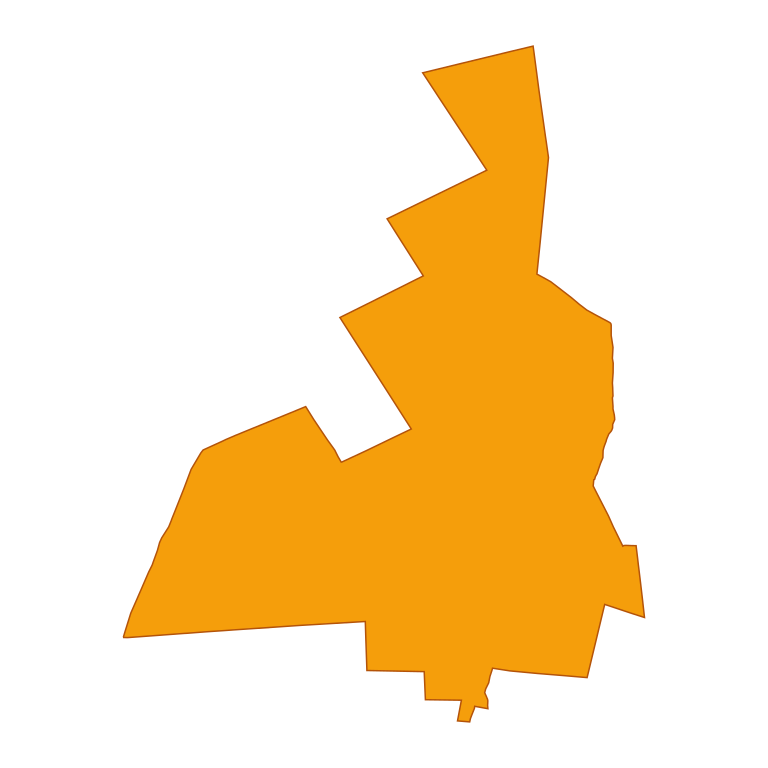 Valea Marului, Galati, Romania (Robinson projection)
{"feature_id": "2599482B22058723749755", "entity_name": "Valea Marului", "entity_type": "district", "adm_level": 2, "iso_a3": "ROU", "parent_name": "Romania", "parent_adm1": "Galati", "projection": "robinson", "projection_center": [27.684, 45.875], "detail": "fine", "context": "isolated", "style": "filled", "palette": "amber", "viewbox_px": 768, "rotation_deg": 0, "n_neighbors": 0, "source": "geoboundaries", "source_scale": "gbopen_adm2", "svg_char_len": 2501}
<svg xmlns="http://www.w3.org/2000/svg" viewBox="0 0 768 768"><path d="M594.6,479.4L595.0,478.1L595.3,476.8L596.1,475.3L597.0,473.8L598.7,468.6L600.5,463.4L602.9,457.7L603.1,450.5L603.3,449.7L603.8,447.7L604.4,445.8L605.0,444.2L606.1,441.3L606.6,439.3L607.3,437.6L608.8,434.0L610.6,431.9L611.3,431.0L611.8,430.1L612.6,428.0L612.7,424.3L614.7,419.7L614.6,417.7L614.3,415.0L613.0,409.0L613.0,406.4L612.4,397.8L613.0,396.0L612.8,391.2L612.7,387.6L612.4,383.0L613.1,372.8L613.2,363.1L612.4,358.3L613.0,347.4L612.6,344.7L611.2,335.5L611.2,325.4L611.2,325.0L610.8,323.5L609.9,322.6L594.6,314.4L586.7,310.0L583.1,307.2L579.4,304.4L571.6,297.8L561.0,289.6L550.6,281.6L549.8,281.2L547.0,279.6L546.1,279.1L536.9,274.1L538.6,257.6L540.1,243.0L548.5,157.6L546.3,142.1L545.5,136.8L543.7,124.0L541.9,111.3L539.0,90.6L534.0,52.6L533.1,46.1L513.8,50.7L461.8,63.3L422.7,72.8L439.1,97.8L463.4,134.7L486.8,170.2L387.1,218.8L395.3,231.8L423.3,275.9L364.9,305.1L339.9,317.5L354.6,340.5L383.5,385.5L411.3,429.0L392.9,437.8L366.0,450.8L341.9,462.0L341.2,462.1L338.0,456.6L335.3,451.2L334.9,450.3L333.0,447.6L327.7,440.3L313.8,419.6L305.7,406.6L288.7,413.6L253.0,428.2L241.3,433.0L237.7,434.5L235.4,435.4L234.5,435.8L233.4,436.3L232.2,436.8L225.9,439.5L222.6,441.1L203.1,450.0L200.8,453.0L191.1,469.4L183.9,488.6L174.3,512.8L171.6,519.5L171.3,520.5L168.7,526.9L161.7,537.9L159.6,542.5L157.4,550.5L153.3,561.8L152.2,565.0L148.7,572.0L141.0,589.8L137.9,596.9L137.0,599.0L130.8,613.1L124.9,632.0L123.5,636.7L123.7,637.5L127.5,637.6L150.9,635.9L184.5,633.4L186.6,633.3L206.2,631.8L207.7,631.7L215.0,631.2L224.0,630.6L235.0,629.8L279.6,626.8L300.1,625.4L365.3,621.5L365.8,637.8L366.9,670.5L397.3,671.1L422.6,671.6L424.2,671.6L425.4,699.7L461.4,700.2L457.5,720.9L469.7,721.9L470.4,718.7L471.9,714.7L474.4,708.4L474.7,706.3L487.9,708.7L487.7,706.4L487.6,705.2L487.7,704.0L487.8,701.4L487.8,700.6L487.5,699.1L487.3,698.8L486.3,696.3L485.3,694.1L484.7,692.7L485.7,688.9L488.7,682.8L489.2,680.3L489.9,676.6L492.0,670.2L492.5,668.2L499.0,669.2L510.0,670.9L523.9,672.2L537.8,673.5L564.9,675.7L587.1,677.6L604.7,604.4L624.8,611.1L631.7,613.4L644.5,617.5L644.2,614.9L642.4,598.7L640.5,582.5L639.0,570.0L638.3,564.4L637.6,558.2L636.6,550.0L636.1,545.7L631.3,545.6L626.0,545.4L623.9,545.5L622.8,546.2L622.4,545.3L613.4,527.0L613.3,526.8L609.3,517.8L608.4,515.8L608.3,515.6L602.3,503.9L602.1,503.5L595.6,490.8L595.5,490.6L593.2,486.0L593.4,483.9L593.6,481.5L593.8,479.7L594.6,479.4Z" fill="#f59e0b" stroke="#b45309" stroke-width="1.5"/></svg>